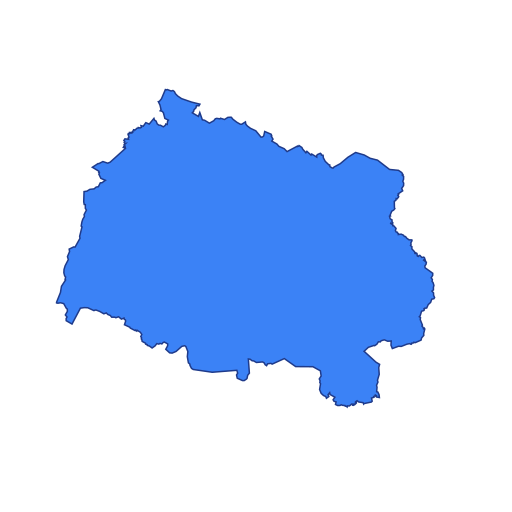 the district of San Miguel el Alto, Jalisco, Mexico, rotated 204°
{"feature_id": "50627088B47757986918048", "entity_name": "San Miguel el Alto", "entity_type": "district", "adm_level": 2, "iso_a3": "MEX", "parent_name": "Mexico", "parent_adm1": "Jalisco", "projection": "orthographic", "projection_center": [-102.412, 20.993], "detail": "fine", "context": "isolated", "style": "filled", "palette": "blue", "viewbox_px": 512, "rotation_deg": 204, "n_neighbors": 0, "source": "geoboundaries", "source_scale": "gbopen_adm2", "svg_char_len": 6090}
<svg xmlns="http://www.w3.org/2000/svg" viewBox="0 0 512 512"><g transform="rotate(204 256 256)"><path d="M408.0,357.3L405.1,354.8L402.3,351.1L402.6,349.7L400.5,350.0L398.9,349.2L395.2,344.6L391.3,344.5L391.6,343.1L390.6,340.1L392.1,339.9L392.0,338.5L393.2,336.3L396.5,336.6L397.9,336.0L400.0,336.5L402.1,338.6L404.0,338.9L405.2,340.2L407.2,333.1L410.9,333.0L411.8,328.7L414.1,328.3L413.0,326.9L414.0,325.8L415.8,325.5L415.7,324.9L416.7,324.3L417.7,322.0L419.1,321.6L418.6,320.8L419.2,320.5L419.4,319.1L420.0,319.0L419.0,318.7L419.3,318.1L420.3,318.2L420.2,317.5L421.5,317.4L421.1,316.8L421.6,316.0L422.4,316.1L422.5,315.2L420.4,312.9L420.8,311.8L419.9,310.8L423.4,309.7L423.7,307.8L422.5,307.4L422.6,306.0L421.5,305.5L420.8,305.9L421.8,303.9L421.2,303.4L421.4,301.2L419.7,301.5L419.8,302.3L419.0,301.3L427.4,282.4L429.2,280.5L434.3,280.0L437.2,276.4L437.9,276.2L441.6,270.5L433.9,269.5L433.8,268.5L432.9,268.3L432.8,266.8L429.3,263.8L424.4,263.9L426.5,260.3L428.0,259.5L428.2,255.2L430.1,253.9L431.2,251.5L434.9,249.3L436.8,246.5L439.3,244.9L435.4,235.4L433.9,233.2L432.8,233.5L431.3,230.1L429.6,229.0L429.9,223.9L428.8,222.2L429.2,219.2L428.9,216.3L427.9,212.2L426.8,211.8L425.1,202.2L424.0,200.6L424.9,190.6L426.3,190.1L429.5,186.3L428.1,184.2L428.0,178.7L426.0,176.4L426.4,169.5L425.9,165.6L424.7,162.5L422.7,160.0L421.4,159.4L420.8,156.7L420.2,156.6L421.4,149.2L419.8,143.1L419.4,132.6L419.1,132.0L417.8,132.3L415.5,133.8L412.3,134.3L407.9,131.0L406.8,130.8L405.8,128.7L406.2,124.6L403.8,123.4L404.0,121.6L403.1,119.7L396.4,119.0L395.2,136.9L391.9,139.0L388.6,140.3L381.8,140.2L381.1,141.1L379.9,141.6L376.2,141.8L371.5,141.3L369.6,143.1L367.6,142.3L364.9,142.4L363.0,141.4L360.1,142.7L358.9,142.6L356.9,144.6L353.3,143.6L351.3,145.6L350.6,144.6L349.3,144.5L348.6,143.5L348.2,139.7L342.3,139.6L341.5,139.0L336.1,138.7L335.9,139.3L334.4,138.9L334.4,139.8L330.7,139.3L328.4,137.9L328.5,135.5L327.2,134.7L327.1,133.6L326.3,133.2L325.3,131.7L321.5,131.4L321.0,130.6L319.4,130.8L318.9,130.1L316.8,130.4L313.5,129.7L311.6,132.9L311.0,135.6L308.9,136.0L308.2,137.1L306.2,137.4L305.7,139.1L304.8,140.1L300.9,139.8L300.2,138.0L300.5,134.1L295.5,132.4L293.1,133.2L290.2,136.3L287.0,143.3L284.7,145.0L283.3,144.8L279.4,141.0L277.8,136.1L274.3,130.9L272.5,130.4L271.8,129.2L269.2,127.1L267.2,126.8L248.7,132.0L227.0,143.8L225.1,141.5L225.4,139.4L223.4,136.7L217.6,136.7L216.1,137.4L214.7,139.6L214.4,140.5L215.1,143.6L214.4,146.3L221.1,158.8L219.4,159.3L217.0,158.7L215.5,159.2L212.3,158.9L206.9,161.9L205.1,161.7L203.4,160.4L201.7,160.1L201.6,162.2L198.7,164.0L197.3,163.8L188.4,173.8L174.8,171.1L159.0,178.0L150.5,177.3L147.7,172.9L148.2,169.4L146.7,168.1L146.2,166.3L145.1,165.6L143.6,159.9L140.6,157.0L137.6,156.0L135.1,156.0L133.8,154.7L132.3,157.2L133.8,158.7L133.1,161.1L132.0,159.6L126.5,159.1L127.1,156.0L125.6,155.0L123.5,155.3L123.0,152.7L120.6,152.6L118.5,153.6L117.6,154.8L116.5,154.7L113.8,155.6L113.4,155.1L112.3,155.5L111.3,155.1L111.4,156.3L109.7,157.0L108.4,159.6L106.7,160.3L106.8,159.0L106.4,159.1L105.4,160.3L104.5,162.5L104.9,163.3L105.6,162.7L105.8,163.2L104.8,164.9L102.8,164.4L98.5,165.6L97.4,164.5L97.2,165.2L91.2,169.5L90.8,170.6L92.7,173.2L90.8,174.9L91.3,175.4L90.8,176.3L89.9,176.6L90.3,177.5L89.2,177.4L89.3,176.7L88.6,176.2L85.7,176.9L87.2,179.4L89.4,181.3L90.6,181.1L92.0,185.2L93.3,187.0L93.3,190.4L94.5,191.9L95.3,198.0L98.5,204.0L99.0,207.3L103.2,207.8L118.5,212.9L116.2,218.3L111.8,222.3L111.1,222.3L109.7,224.6L109.3,227.4L107.5,228.1L107.2,229.5L104.7,231.6L101.1,231.7L97.9,233.3L96.4,229.4L93.8,226.9L89.1,231.5L86.5,232.5L82.3,236.8L80.1,238.4L78.4,238.4L78.1,238.8L78.4,239.6L76.7,240.7L76.7,241.4L75.3,241.6L71.0,246.3L71.4,248.6L70.4,251.7L71.3,253.4L72.1,258.0L72.7,258.4L72.7,257.7L73.3,257.5L74.2,258.7L75.9,259.5L75.8,260.5L80.1,264.7L80.7,266.7L82.1,266.9L81.7,268.2L82.3,272.9L80.6,274.3L80.3,275.3L81.1,276.0L80.8,276.8L78.9,277.9L78.9,281.7L77.6,284.6L77.9,288.0L76.1,289.3L75.9,290.6L77.8,292.4L78.8,294.5L81.0,295.5L80.1,297.2L81.2,299.6L81.5,301.5L83.5,303.8L84.8,304.4L85.3,306.3L87.1,307.3L86.7,310.2L87.5,312.1L96.7,314.0L97.7,315.5L97.3,317.6L97.8,319.6L101.2,320.4L101.0,321.1L99.2,320.5L101.4,322.9L102.3,323.2L103.9,322.1L106.5,323.2L107.2,322.9L107.6,321.6L108.7,321.7L110.0,323.8L111.2,323.9L111.4,323.1L111.8,323.0L112.8,324.3L116.5,325.9L117.4,328.0L119.1,328.4L119.0,329.5L119.9,331.0L119.7,333.4L120.2,334.1L122.7,333.0L125.6,333.6L127.3,334.6L128.4,334.2L129.7,335.0L132.3,335.0L134.7,333.5L135.0,334.4L136.0,334.5L136.5,335.2L137.6,334.9L139.0,335.9L139.3,338.2L142.4,339.6L143.4,339.3L143.7,340.2L146.2,340.5L146.2,340.9L144.5,340.8L144.4,341.9L145.8,342.8L146.4,344.3L148.6,344.6L150.2,346.6L149.4,347.3L150.1,347.8L150.2,352.1L148.9,354.0L148.4,355.8L149.1,356.3L151.9,362.2L150.9,363.7L151.3,365.5L150.4,365.5L149.8,367.6L149.8,368.4L151.1,369.1L150.7,370.1L151.4,370.6L148.5,375.2L150.4,377.0L149.8,380.3L150.7,382.6L152.3,384.0L152.4,386.1L153.5,388.7L155.2,389.4L154.7,390.0L156.8,391.5L160.7,392.2L169.2,389.4L184.0,393.0L191.5,391.7L198.2,392.3L207.1,391.1L212.2,383.6L216.6,374.6L221.0,368.9L221.3,367.7L222.1,367.4L224.8,367.7L225.7,369.2L226.4,368.9L231.2,370.6L234.4,373.1L235.7,375.3L237.3,374.8L237.8,375.6L239.0,376.0L241.2,373.6L241.4,372.3L240.8,371.1L246.6,371.8L246.8,370.6L252.1,372.3L252.4,370.6L256.8,372.6L258.2,373.8L261.6,374.4L261.8,373.6L262.6,372.9L262.9,373.2L270.1,364.0L273.9,365.5L279.8,365.5L282.4,366.8L288.3,367.4L288.0,369.7L290.8,371.7L290.5,372.2L291.7,373.4L298.7,373.3L297.8,368.8L298.4,367.5L299.7,366.6L307.1,370.3L312.9,370.4L316.6,371.2L318.8,372.2L320.2,374.2L322.7,370.5L324.0,370.0L328.0,370.4L332.9,371.6L334.9,372.7L335.6,372.5L338.1,371.2L340.3,367.9L344.5,367.4L344.7,366.6L347.8,365.8L349.0,364.8L349.6,362.4L352.6,358.4L358.2,359.1L360.4,358.6L365.7,364.2L365.4,360.1L372.4,360.9L371.8,362.7L372.1,364.4L371.1,367.0L371.6,369.1L369.2,370.0L369.0,371.9L377.5,370.4L388.0,369.5L392.6,370.3L395.6,371.5L397.4,373.0L399.2,373.4L400.7,372.2L404.8,372.0L405.4,371.3L406.5,371.2L406.3,361.1L407.2,357.9L408.0,357.3Z" fill="#3b82f6" stroke="#1e3a8a" stroke-width="1.5"/></g></svg>